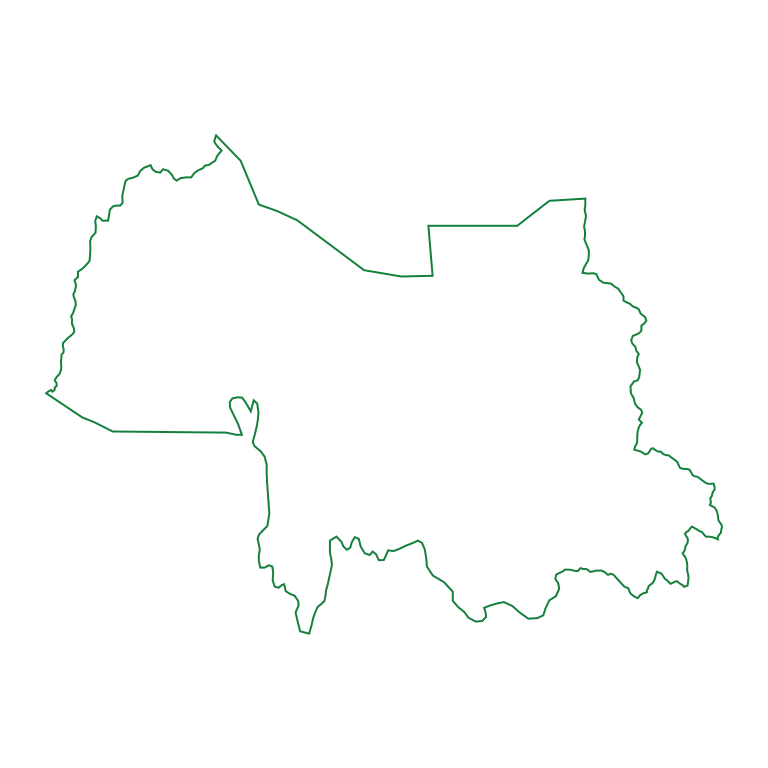 the district of Gua Musang, Kelantan, Malaysia
{"feature_id": "92858781B67795542247557", "entity_name": "Gua Musang", "entity_type": "district", "adm_level": 2, "iso_a3": "MYS", "parent_name": "Malaysia", "parent_adm1": "Kelantan", "projection": "natural_earth1", "projection_center": [102.158, 5.006], "detail": "fine", "context": "isolated", "style": "outline", "palette": "green", "viewbox_px": 768, "rotation_deg": 0, "n_neighbors": 0, "source": "geoboundaries", "source_scale": "gbopen_adm2", "svg_char_len": 5449}
<svg xmlns="http://www.w3.org/2000/svg" viewBox="0 0 768 768"><path d="M216.3,134.4L214.3,141.0L214.9,142.8L217.5,146.5L221.6,150.5L217.1,156.0L215.2,160.8L212.7,162.3L208.9,164.9L205.0,165.6L202.5,168.5L198.7,170.0L194.5,172.9L191.3,177.3L186.9,177.3L180.5,178.1L176.7,180.6L173.8,178.4L171.9,174.8L168.1,170.7L163.0,169.3L160.2,172.6L155.7,171.8L152.5,169.3L150.6,165.2L143.9,167.8L140.1,171.1L137.9,175.5L133.1,177.7L128.3,178.8L125.8,180.6L124.8,184.0L122.3,195.7L122.6,203.0L120.1,205.6L115.9,205.6L113.1,206.3L109.9,209.7L109.2,214.4L108.0,220.7L102.2,220.7L100.6,218.5L96.8,216.3L95.2,221.0L95.9,226.2L95.5,232.8L91.7,236.8L90.1,241.2L90.4,247.8L90.1,254.8L89.5,261.1L85.7,265.5L81.9,269.1L78.0,271.7L78.0,276.9L74.5,280.2L76.1,285.3L74.8,291.3L73.3,294.3L73.9,297.4L75.4,300.9L75.8,305.2L74.5,308.7L73.1,313.1L71.1,316.4L72.1,319.3L71.9,323.5L73.9,328.4L74.3,331.5L72.9,333.8L70.5,335.9L67.8,338.1L62.9,343.2L62.9,346.5L63.7,349.3L63.5,352.4L61.5,354.7L61.5,357.3L60.9,360.9L61.1,364.4L61.3,367.7L60.7,371.0L59.5,374.0L57.0,376.6L55.8,378.3L54.8,380.6L56.4,382.7L56.8,385.8L54.8,387.4L54.6,390.0L52.5,391.7L51.1,390.0L48.0,391.7L46.2,393.3L82.4,417.5L94.5,422.3L112.7,431.5L226.0,432.6L236.5,434.8L241.9,434.8L238.1,424.1L234.0,415.7L230.1,407.6L229.8,402.1L232.4,398.4L237.8,397.3L242.2,397.7L245.4,402.1L250.8,411.3L253.7,400.3L257.2,403.6L258.5,412.8L257.8,420.1L256.9,425.6L255.0,433.7L252.7,442.1L254.6,446.2L260.7,451.3L264.5,456.5L266.7,464.6L266.7,473.7L267.0,481.1L269.3,513.4L267.4,525.9L259.1,534.4L257.6,538.7L259.8,549.2L258.8,556.1L258.8,560.7L260.3,567.6L264.8,567.6L268.8,565.3L272.3,566.5L273.2,572.8L272.7,580.2L274.7,586.6L278.7,587.7L282.2,584.8L284.2,584.3L285.7,591.1L290.2,594.0L294.6,595.7L298.1,600.9L298.6,605.5L295.6,612.4L297.1,619.3L299.1,627.3L300.1,631.3L309.1,633.6L311.5,625.6L313.0,618.7L314.5,614.1L317.5,607.2L321.5,603.8L324.5,600.9L325.5,595.7L326.0,590.6L327.5,585.4L330.4,572.2L331.9,565.3L331.4,560.1L329.9,552.1L330.0,540.6L336.4,536.6L341.4,541.8L343.4,546.4L346.9,549.8L350.3,547.5L351.8,542.3L354.8,537.2L358.8,538.9L360.8,546.9L364.8,553.3L369.7,555.0L372.7,551.5L376.2,554.4L378.7,560.1L383.7,560.1L386.2,555.0L388.1,550.4L393.6,551.0L398.6,549.2L405.6,545.8L413.0,542.9L418.0,540.6L422.0,542.9L424.9,549.8L426.4,559.6L426.9,566.5L432.9,575.6L443.8,582.0L452.8,591.7L452.8,600.9L458.3,607.2L464.7,612.4L468.2,617.6L475.7,621.6L480.7,621.1L482.1,621.0L486.1,617.0L485.6,612.4L484.1,607.8L490.1,605.5L498.1,603.2L504.0,602.1L512.5,606.1L519.5,612.4L528.4,618.7L537.4,618.1L543.3,615.3L545.3,608.9L549.3,600.3L555.8,596.3L559.2,588.9L558.2,583.1L555.3,579.1L556.3,574.5L563.2,571.1L564.9,569.6L570.0,569.7L573.5,570.5L575.6,571.0L577.4,571.1L578.7,570.4L579.5,569.0L580.6,568.1L582.9,569.0L584.9,569.0L586.4,569.1L588.1,570.1L589.2,571.3L590.9,571.9L593.0,571.4L594.7,571.0L596.2,570.5L597.9,570.7L600.3,570.5L601.3,570.5L604.3,571.9L606.1,573.1L607.3,574.6L608.9,574.7L610.0,573.8L611.3,573.8L613.8,575.0L615.8,577.3L619.6,581.5L623.7,586.0L625.8,587.4L627.8,587.8L628.7,589.2L629.7,592.0L631.0,594.0L634.6,596.7L637.7,598.2L639.3,596.4L640.0,595.2L641.5,594.3L644.1,592.9L645.9,592.8L646.9,592.2L646.9,590.2L648.0,588.7L648.4,586.8L649.6,585.2L651.2,584.2L652.9,582.6L654.1,580.7L655.1,577.9L655.9,574.6L656.9,571.8L661.2,573.4L663.1,576.0L664.9,578.8L667.1,580.5L670.6,583.8L675.7,581.4L677.5,581.4L679.1,583.1L680.6,584.0L682.8,585.2L684.0,586.8L687.5,585.7L687.9,583.1L688.3,580.2L688.5,577.4L688.1,574.4L687.5,572.3L687.1,569.2L687.3,566.6L687.1,563.3L686.3,559.8L685.1,556.7L684.2,555.8L682.6,553.4L684.2,551.3L685.0,549.0L685.7,545.9L687.5,543.1L687.9,540.0L687.5,537.9L686.3,536.5L685.0,533.7L686.5,532.0L688.7,530.6L689.7,529.0L691.8,526.6L693.8,527.6L697.3,529.7L699.7,531.3L701.8,531.8L704.0,534.6L706.0,536.7L709.5,536.7L713.4,537.4L717.7,539.2L717.4,538.4L718.5,535.6L720.9,532.7L721.3,529.7L721.9,527.3L721.7,525.2L720.3,523.1L718.5,520.5L717.8,515.3L717.4,513.2L716.2,509.9L714.4,507.3L712.1,506.2L709.9,505.0L710.9,502.9L710.5,500.5L710.3,498.2L711.7,496.3L712.9,491.8L714.6,489.7L714.6,486.9L713.6,483.6L711.1,483.8L708.1,483.8L705.8,482.9L702.8,480.8L697.5,476.8L694.8,476.3L692.6,475.1L691.1,472.3L689.5,469.7L686.9,469.0L682.6,468.8L679.9,467.8L678.3,464.3L677.3,462.0L674.2,459.4L671.0,457.3L668.9,455.4L665.9,455.1L663.0,454.0L661.2,451.8L658.3,451.6L655.5,450.2L653.0,448.3L651.4,448.6L648.2,453.3L645.5,454.4L643.5,453.3L641.0,451.6L634.3,449.7L635.1,446.4L637.0,443.1L637.2,439.6L637.2,437.0L637.6,431.9L638.8,427.4L640.0,425.0L642.0,422.7L641.4,422.2L638.8,419.4L642.3,412.8L641.1,409.8L637.5,407.2L635.0,403.6L633.7,398.1L630.9,393.3L630.5,386.3L634.0,381.5L637.5,380.4L639.1,377.5L640.1,369.8L636.9,362.1L637.2,357.7L638.8,354.0L636.3,350.7L635.3,346.6L632.4,343.7L631.2,340.4L632.8,336.0L636.3,334.5L639.4,333.0L641.4,330.5L641.4,325.7L644.2,323.5L646.4,320.6L644.9,316.9L640.7,313.6L638.8,309.5L637.2,308.1L633.1,306.6L630.2,304.0L623.5,300.7L623.5,296.3L618.1,288.6L614.3,286.4L610.8,283.5L606.7,283.1L603.2,282.7L599.0,279.8L596.5,274.3L593.3,273.2L587.9,273.6L582.5,272.8L583.7,268.4L586.0,264.0L588.2,260.3L588.8,255.2L588.8,250.0L586.9,245.6L584.4,239.4L585.0,236.1L585.0,231.3L584.1,226.5L585.3,220.3L586.0,215.9L585.0,211.9L584.7,208.9L585.3,206.0L585.3,198.6L549.4,200.8L517.2,225.8L428.4,225.8L432.6,275.8L401.4,276.5L364.1,270.2L297.3,220.3L277.3,211.1L258.8,204.5L240.7,160.8L216.2,135.5L216.3,134.4Z" fill="none" stroke="#15803d" stroke-width="2"/></svg>